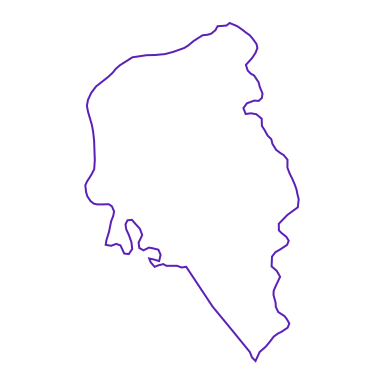 the district of Magalhães Barata, Pará, Brazil
{"feature_id": "56859067B4856082037025", "entity_name": "Magalhães Barata", "entity_type": "district", "adm_level": 2, "iso_a3": "BRA", "parent_name": "Brazil", "parent_adm1": "Pará", "projection": "robinson", "projection_center": [-47.632, -0.823], "detail": "fine", "context": "isolated", "style": "outline", "palette": "violet", "viewbox_px": 384, "rotation_deg": 0, "n_neighbors": 0, "source": "geoboundaries", "source_scale": "gbopen_adm2", "svg_char_len": 1989}
<svg xmlns="http://www.w3.org/2000/svg" viewBox="0 0 384 384"><path d="M255.5,361.0L259.7,351.9L265.8,346.6L270.2,341.3L273.7,336.6L278.0,333.5L281.5,331.8L287.7,327.6L289.3,323.4L286.8,319.1L284.5,316.1L278.3,312.1L275.8,306.9L275.6,302.7L273.5,295.0L273.7,290.7L275.6,286.3L280.1,276.8L276.7,270.8L271.6,266.4L272.0,256.6L275.4,252.2L279.9,249.6L287.1,244.9L288.7,240.7L286.3,236.8L281.5,233.0L278.9,230.4L278.8,223.8L287.4,214.9L297.8,207.3L298.7,199.3L297.3,193.6L296.5,189.5L294.8,184.7L292.8,179.9L289.6,173.4L287.4,167.6L287.5,159.7L283.7,155.1L280.3,153.0L276.1,149.8L272.4,143.8L271.3,139.2L267.6,135.6L264.6,130.1L261.9,125.9L261.7,118.7L256.3,114.2L250.9,113.3L245.7,114.0L243.4,108.1L246.9,103.3L254.3,100.6L258.7,100.9L261.9,97.9L262.5,93.5L259.7,86.7L258.6,82.3L254.1,75.5L250.7,73.6L247.7,70.5L245.9,64.9L252.2,57.9L255.5,52.9L257.4,48.0L256.5,44.0L252.6,38.6L249.6,35.1L245.7,32.4L242.7,30.0L237.3,26.2L229.6,23.0L226.6,25.5L222.3,25.9L217.6,26.2L215.4,30.2L211.3,33.6L207.9,34.7L202.5,35.3L193.6,41.0L188.2,45.5L184.4,47.9L173.5,51.8L164.9,54.1L155.2,55.0L146.6,55.2L132.4,57.3L120.1,65.1L115.9,68.7L112.8,72.6L108.3,76.8L96.0,86.5L91.2,92.9L88.0,99.8L86.9,105.7L88.0,111.7L91.9,125.0L93.1,131.6L94.1,140.5L94.8,160.2L94.2,169.2L91.3,174.8L87.0,181.5L85.3,185.3L86.1,192.2L87.4,196.4L90.6,201.2L93.9,203.7L97.3,204.4L102.5,204.4L108.7,204.2L111.9,206.3L114.1,211.5L113.2,216.0L111.1,221.4L109.0,231.9L106.4,240.3L105.7,244.8L111.1,245.8L116.2,243.9L120.5,245.4L124.2,253.5L128.8,254.1L132.2,249.0L131.4,242.1L128.9,235.1L126.2,229.2L125.5,224.3L127.5,220.3L131.9,219.8L134.9,223.3L139.9,228.8L142.2,235.0L140.3,239.1L138.6,242.5L139.3,248.0L143.5,250.3L149.0,247.6L152.4,248.2L158.4,249.7L160.6,254.8L159.1,261.1L154.3,259.6L149.2,258.5L150.7,262.3L154.6,266.8L158.2,265.4L163.3,264.1L166.4,265.8L170.7,265.8L176.9,265.8L181.6,267.5L186.2,266.8L212.8,306.9L224.0,320.4L235.4,334.3L249.9,352.1L252.0,357.4L255.5,361.0Z" fill="none" stroke="#5b21b6" stroke-width="2"/></svg>